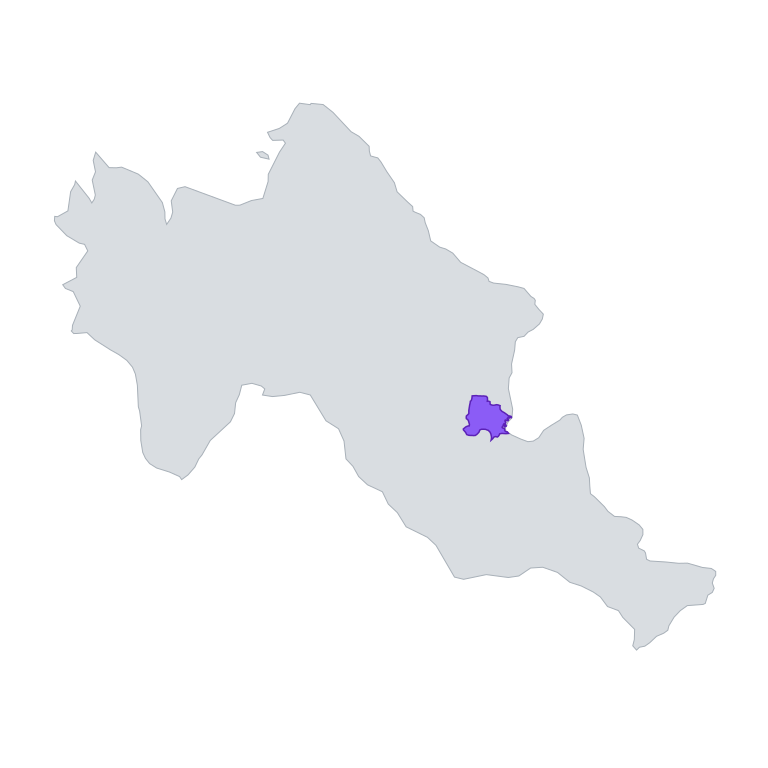 location of Samsu, Ryanggang, North Korea, rotated 85°
{"feature_id": "82179303B33326321250637", "entity_name": "Samsu", "entity_type": "district", "adm_level": 2, "iso_a3": "PRK", "parent_name": "North Korea", "parent_adm1": "Ryanggang", "projection": "mercator", "projection_center": [128.058, 41.242], "detail": "fine", "context": "in_parent", "style": "filled", "palette": "violet", "viewbox_px": 768, "rotation_deg": 85, "n_neighbors": 0, "source": "geoboundaries", "source_scale": "gbopen_adm2", "svg_char_len": 6686}
<svg xmlns="http://www.w3.org/2000/svg" viewBox="0 0 768 768"><g transform="rotate(85 384 384)"><path d="M461.6,593.9L458.4,595.7L453.0,605.4L447.9,617.8L442.9,624.4L437.3,628.1L431.2,630.3L419.1,631.2L408.2,630.4L404.6,629.1L389.6,629.8L385.3,630.7L363.7,629.8L352.4,630.8L345.3,633.1L338.0,638.2L331.6,645.6L326.1,653.6L314.8,668.3L306.9,675.4L306.9,685.6L306.7,688.7L303.9,690.9L302.9,689.9L298.4,689.2L280.0,679.8L264.9,685.5L261.1,693.0L257.1,695.4L251.0,680.8L241.2,680.4L225.6,667.5L218.8,670.1L217.1,675.3L208.6,687.1L196.6,696.8L192.7,698.1L188.3,697.4L188.9,694.7L184.0,683.8L165.1,679.4L158.3,674.7L154.9,673.7L173.4,661.5L178.2,659.3L174.6,656.5L170.6,655.1L155.4,656.9L147.5,652.9L135.9,654.2L127.9,651.0L144.5,639.0L145.3,631.9L145.1,626.5L153.5,610.5L162.0,601.6L183.9,589.0L193.5,587.3L200.4,587.8L206.1,586.6L200.2,581.8L194.3,579.5L183.0,580.0L171.2,572.7L170.1,565.0L193.0,516.4L193.3,512.0L189.7,500.1L188.6,488.5L172.2,481.8L165.0,481.0L143.9,467.9L135.5,461.2L132.2,463.2L131.6,473.7L128.6,476.0L123.1,478.1L120.3,466.1L115.8,457.4L101.9,448.6L96.9,443.7L99.3,433.1L98.1,432.2L100.3,420.3L108.9,411.2L129.8,394.8L135.2,387.2L145.9,378.1L150.7,378.3L155.6,377.5L157.1,373.6L158.2,370.5L162.5,367.7L172.7,362.7L184.4,356.1L193.7,354.2L205.0,344.4L209.7,340.0L214.3,340.0L215.6,338.0L218.2,332.9L221.9,329.5L226.9,328.9L235.1,326.5L245.5,325.0L252.5,316.6L254.9,310.7L259.6,304.1L269.5,297.0L276.3,286.4L283.8,274.9L287.4,271.2L290.9,270.4L293.0,266.1L295.4,253.8L298.9,241.9L301.0,236.2L309.6,230.0L311.9,227.0L313.8,226.0L317.8,226.8L323.2,223.2L328.3,219.2L333.0,220.6L337.7,223.9L342.6,230.6L344.8,235.9L348.7,240.3L349.5,246.7L353.4,249.5L361.6,250.9L375.2,255.2L383.9,255.5L388.9,258.8L399.4,260.5L420.3,258.0L428.9,259.5L432.4,263.5L437.7,266.7L441.2,266.8L445.8,261.4L450.8,252.5L454.0,245.7L453.9,240.3L451.0,234.5L444.1,229.0L439.6,220.7L435.3,212.0L432.7,209.2L430.7,204.9L430.3,198.5L431.8,194.1L442.2,191.1L455.6,189.4L466.4,191.3L484.5,190.0L495.5,187.6L503.8,187.9L511.3,187.9L514.7,184.2L525.3,175.2L530.4,172.0L536.0,165.9L536.9,159.5L538.0,154.3L541.1,148.8L546.7,142.0L551.4,138.8L556.6,139.2L562.2,142.4L565.7,145.5L569.7,144.6L573.0,139.2L575.2,138.2L581.5,137.7L583.5,134.4L585.9,118.6L588.3,106.1L588.9,97.3L594.5,82.8L596.3,74.0L599.6,69.9L603.5,70.2L606.8,72.8L610.9,74.3L616.3,72.9L620.2,75.1L622.6,79.8L630.6,83.1L631.4,85.4L631.2,101.2L635.6,108.6L641.5,115.3L649.7,121.3L654.0,122.7L656.6,127.0L659.1,134.5L664.8,141.7L667.9,147.0L668.5,152.5L671.1,155.6L666.5,159.0L660.4,156.9L650.3,155.7L637.4,166.4L630.2,170.2L625.2,180.7L615.0,187.0L609.5,193.6L602.4,205.1L597.7,216.2L586.8,227.6L580.4,241.8L580.1,254.0L587.0,266.4L587.6,277.0L582.8,298.7L585.5,321.7L582.5,330.6L549.2,346.3L540.5,354.1L528.2,374.4L513.3,381.9L504.0,390.2L491.2,395.0L483.0,409.2L474.0,417.3L463.3,422.1L455.3,428.4L437.3,428.8L424.6,433.2L415.6,445.0L388.5,458.4L384.9,468.6L386.7,484.2L386.8,496.2L384.4,506.0L378.5,503.2L375.3,506.4L371.8,515.5L372.8,525.8L382.1,529.1L389.7,533.4L400.4,535.5L408.3,540.3L425.1,562.0L438.8,571.5L442.4,575.0L450.3,579.7L457.5,587.2L461.6,593.9ZM147.3,487.3L142.2,490.7L141.9,484.7L145.9,479.6L150.0,478.9L147.3,487.3Z" fill="#d9dde1" stroke="#a8b0b8" stroke-width="1"/><path d="M444.1,264.2L443.9,264.3L443.7,264.5L443.4,264.7L443.1,264.9L442.9,265.0L442.7,265.1L442.5,265.3L442.4,265.4L442.3,265.6L442.3,265.8L442.3,266.0L442.2,266.2L442.2,266.3L442.0,266.6L441.9,266.7L441.9,266.8L441.8,267.0L441.7,267.2L441.4,267.5L441.2,267.6L440.9,267.7L440.5,267.7L440.4,267.8L440.2,267.9L439.8,267.8L439.6,267.7L439.4,267.8L439.1,267.9L438.9,267.9L438.7,267.9L438.6,268.0L438.4,268.3L438.4,268.5L438.5,268.8L438.5,269.0L438.4,269.2L438.3,269.4L438.2,269.5L438.0,269.8L437.9,269.9L437.8,270.0L437.7,270.0L437.4,270.1L437.2,270.1L437.1,269.9L437.0,269.7L436.9,269.6L436.8,269.4L436.7,269.3L436.6,269.2L436.4,269.1L436.2,269.0L435.9,269.0L435.6,269.0L435.5,268.9L435.4,268.9L435.4,268.7L435.5,268.4L435.6,268.1L435.7,267.9L435.8,267.9L436.0,267.7L436.5,267.5L436.8,267.5L436.9,267.4L437.0,267.4L437.1,267.2L437.1,266.9L437.0,266.7L437.0,266.4L436.9,266.2L436.7,266.0L436.5,265.9L436.4,265.8L436.3,266.0L436.5,266.2L436.5,266.3L436.5,266.5L436.4,266.6L436.1,266.6L435.9,266.5L435.6,266.4L435.4,266.3L435.2,266.3L434.9,266.5L434.7,266.7L434.7,266.8L434.6,267.0L434.7,267.3L434.8,267.4L434.8,267.5L435.0,267.7L435.0,267.8L435.0,268.0L434.9,268.1L434.7,268.2L434.4,268.2L434.2,268.1L434.0,267.9L433.9,267.8L433.9,267.7L433.8,267.4L433.8,267.2L433.8,266.9L433.9,266.7L433.7,266.4L433.4,266.2L433.1,266.1L432.9,266.1L432.7,266.0L432.3,266.1L432.1,266.2L432.1,266.3L432.0,266.5L431.9,266.6L431.6,266.6L431.4,266.7L431.2,266.7L430.8,266.5L430.7,266.5L430.5,266.3L430.6,266.2L430.8,266.1L431.0,266.0L431.0,265.9L431.1,265.7L431.0,265.4L430.9,265.3L430.9,265.1L430.8,264.9L430.9,264.7L431.0,264.5L431.1,264.3L431.2,264.2L431.3,264.0L431.4,263.9L431.3,263.7L431.2,263.5L431.1,263.4L430.9,263.3L430.8,263.2L430.6,263.1L430.4,263.1L430.3,263.3L430.3,263.5L430.2,263.7L430.1,263.8L429.9,264.0L429.7,264.2L429.5,264.3L429.4,264.3L429.2,264.3L429.1,264.2L428.9,264.1L428.7,263.9L428.8,263.8L428.8,263.7L428.7,263.6L428.7,263.4L428.7,263.2L428.7,262.9L428.9,262.6L428.9,262.3L428.7,262.3L428.1,262.4L427.8,262.4L427.7,262.4L427.4,262.1L427.4,261.9L427.5,261.7L427.8,261.4L428.1,261.3L428.2,261.2L428.3,261.2L428.7,260.5L428.7,260.4L428.7,260.1L428.3,259.9L428.2,259.9L427.9,259.9L427.7,260.0L427.4,260.2L427.4,260.3L427.2,260.6L427.0,261.2L427.0,261.3L426.9,261.4L426.9,261.5L426.8,261.8L426.8,262.0L426.7,262.1L426.7,262.4L426.6,262.5L426.6,262.8L426.5,263.0L426.4,263.3L426.1,263.4L426.1,263.5L425.8,263.6L425.7,263.6L424.3,265.2L423.1,266.6L422.2,267.9L421.6,268.8L419.8,270.2L419.2,270.5L416.9,270.5L415.7,270.2L414.8,272.1L414.4,273.7L414.7,275.7L414.7,277.3L414.1,279.0L413.5,280.0L410.8,280.0L410.2,281.3L410.2,282.6L408.4,282.2L406.4,282.2L405.2,283.2L404.6,285.8L404.5,287.8L404.2,289.4L404.2,290.4L403.9,292.0L403.6,293.0L403.5,297.2L406.1,297.7L407.9,298.4L408.4,298.9L408.7,299.5L410.3,299.8L412.4,300.5L417.7,301.8L420.9,302.1L421.8,303.1L423.0,304.7L424.2,305.0L425.7,305.0L426.8,303.7L428.0,303.1L431.6,302.4L433.1,302.7L433.1,303.4L433.3,304.7L433.9,306.3L435.7,308.9L436.6,308.9L439.2,307.0L440.1,306.6L441.6,306.0L442.5,304.0L442.8,302.1L442.9,300.8L443.2,299.2L443.2,297.5L442.3,295.9L440.3,293.6L438.2,292.6L437.6,291.0L437.7,289.1L438.0,286.8L438.9,285.1L439.2,284.2L441.3,282.5L443.1,281.9L445.4,281.6L446.9,281.6L448.4,281.9L449.3,282.2L448.1,280.6L446.3,278.9L446.1,277.3L446.7,275.7L446.1,274.7L444.9,273.7L443.7,273.1L443.5,270.8L444.1,266.9L444.1,265.2L444.1,264.2Z" fill="#8b5cf6" stroke="#5b21b6" stroke-width="1.5"/></g></svg>